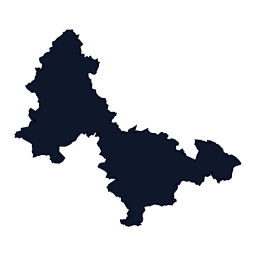 the district of Mixtlán, Jalisco, Mexico
{"feature_id": "50627088B12343009678657", "entity_name": "Mixtlán", "entity_type": "district", "adm_level": 2, "iso_a3": "MEX", "parent_name": "Mexico", "parent_adm1": "Jalisco", "projection": "albers", "projection_center": [-104.454, 20.522], "detail": "fine", "context": "isolated", "style": "filled", "palette": "ink", "viewbox_px": 256, "rotation_deg": 0, "n_neighbors": 0, "source": "geoboundaries", "source_scale": "gbopen_adm2", "svg_char_len": 5787}
<svg xmlns="http://www.w3.org/2000/svg" viewBox="0 0 256 256"><path d="M214.9,143.2L212.3,142.1L211.3,142.5L211.0,141.3L209.7,141.1L209.6,142.0L210.8,142.6L210.2,143.4L208.8,142.5L209.0,141.1L207.9,140.7L207.8,141.6L206.1,142.9L204.0,141.5L203.6,142.2L202.6,141.5L201.7,141.6L201.4,140.8L200.9,141.3L200.4,140.7L195.5,140.1L195.7,141.4L196.5,142.0L196.2,143.1L195.4,143.0L195.1,144.3L196.4,145.3L196.4,146.4L197.5,147.6L197.5,148.6L199.2,149.8L199.4,151.1L197.2,155.8L195.8,160.8L184.5,155.5L184.5,154.6L185.4,154.6L185.1,153.8L182.8,153.2L183.6,152.1L182.3,151.9L183.0,150.7L182.2,149.3L180.6,150.4L180.0,151.9L178.6,150.8L176.5,150.8L175.1,148.7L175.4,147.6L174.8,146.2L176.7,144.7L177.7,144.9L178.2,144.1L178.0,142.7L174.2,139.8L172.0,139.2L172.4,139.9L171.6,139.2L169.5,140.2L165.4,138.6L167.6,136.3L167.7,135.5L165.6,133.7L163.6,134.1L162.2,132.6L161.1,132.9L157.8,135.8L155.1,133.8L151.8,133.7L149.7,132.9L147.2,129.9L147.4,129.0L141.7,131.9L136.0,131.1L134.6,132.6L133.7,132.7L135.9,126.3L132.9,128.3L129.9,129.4L128.7,130.6L129.1,131.6L128.6,132.4L126.1,132.6L123.1,131.5L122.1,132.3L120.5,131.0L119.8,129.4L117.8,128.2L118.0,126.1L116.1,124.3L115.8,123.0L113.9,123.5L110.4,122.8L111.9,118.7L113.2,117.8L114.4,115.5L115.5,115.2L115.9,113.5L114.8,113.7L114.5,112.8L113.3,112.4L111.0,113.1L110.9,112.5L109.0,112.0L108.9,110.9L108.0,111.1L106.9,109.4L107.7,105.3L106.5,104.8L105.1,102.8L105.9,101.8L105.0,98.8L101.8,98.7L98.3,96.6L95.8,93.6L95.1,90.1L92.4,89.6L91.2,88.2L91.6,84.7L90.4,81.3L90.7,80.1L88.2,78.0L87.4,73.0L91.0,72.1L92.5,73.7L94.8,73.9L96.0,72.5L95.8,71.8L98.3,66.0L98.2,63.6L99.0,62.6L97.3,62.1L97.1,59.4L95.2,60.6L93.3,59.9L91.2,58.3L90.5,56.5L89.9,56.7L89.9,58.6L89.4,59.1L87.1,56.9L84.2,58.3L83.3,57.5L84.0,55.0L83.0,54.4L81.6,54.9L80.4,53.9L79.1,54.2L80.5,53.0L80.8,51.1L79.6,46.6L82.3,44.3L78.7,39.8L78.1,40.1L77.0,39.4L78.3,35.3L77.0,35.9L75.2,35.2L75.0,33.9L72.0,31.3L72.4,30.3L72.0,30.0L71.1,30.6L67.1,30.3L65.1,32.5L63.7,32.6L63.0,34.8L57.5,38.7L55.5,41.1L53.0,42.2L52.8,44.0L53.4,46.2L53.1,47.1L50.0,48.4L50.6,49.7L50.2,52.8L48.0,52.5L45.7,53.6L44.3,54.9L44.2,56.3L40.0,58.1L39.8,59.5L40.6,62.1L42.4,63.5L43.0,65.1L42.0,68.6L42.2,69.4L40.8,69.8L38.9,68.1L37.9,68.7L35.8,68.5L36.9,70.9L38.1,71.6L36.5,73.2L37.2,74.4L35.5,76.9L35.3,79.7L31.9,82.1L31.5,83.4L29.7,84.1L29.6,83.5L28.9,83.6L29.0,84.3L27.3,85.3L27.2,86.1L26.0,86.2L27.7,88.8L29.3,89.2L29.4,90.1L30.5,90.0L30.7,91.1L31.5,90.6L32.5,90.9L32.1,92.1L35.3,91.6L36.0,93.2L37.0,93.9L36.9,94.5L37.6,94.5L37.2,95.2L38.1,95.2L37.8,96.3L38.6,96.8L38.4,97.5L39.5,100.0L38.3,101.4L40.2,103.3L39.7,104.2L39.8,107.2L39.2,108.7L37.0,110.4L36.2,112.1L30.7,108.7L29.4,110.7L29.8,113.7L29.0,115.0L29.9,116.8L31.5,119.1L35.3,120.1L35.8,123.1L35.3,121.4L34.2,120.7L31.8,121.1L30.3,123.0L29.3,126.4L28.4,127.4L21.5,128.6L21.8,130.4L21.0,131.4L16.9,132.3L16.0,134.3L15.4,134.5L16.0,135.2L15.5,137.0L17.2,136.7L19.7,137.7L20.9,136.6L22.1,136.8L23.5,138.5L30.5,142.3L32.9,144.4L32.5,146.3L33.2,149.4L32.5,150.9L32.7,152.5L34.1,154.1L33.5,156.7L35.4,156.4L37.5,154.9L39.0,155.3L40.6,154.3L44.8,154.2L46.7,155.0L47.6,154.1L49.8,154.8L50.8,156.4L51.0,157.4L50.3,159.0L51.8,160.1L52.5,162.3L53.3,161.8L55.7,162.8L58.2,162.5L58.9,163.0L62.3,161.1L64.5,158.0L59.1,152.4L58.3,150.5L58.8,149.0L58.4,146.9L59.8,145.7L64.3,146.0L66.5,145.5L68.7,144.4L68.9,143.8L69.7,144.0L70.0,143.0L71.2,142.9L71.1,142.0L73.6,141.0L73.4,140.2L74.0,139.7L74.7,140.4L75.5,139.9L76.8,137.2L80.7,132.8L82.6,132.6L84.2,133.8L84.5,133.2L87.3,132.6L87.1,135.2L88.6,136.7L89.1,135.5L90.0,135.2L90.7,134.1L92.9,134.6L95.1,131.5L96.5,131.9L96.5,132.9L99.1,133.3L98.8,134.0L96.2,134.8L95.6,136.0L96.7,136.1L97.9,135.3L98.9,135.7L100.4,138.2L99.6,140.4L97.5,143.4L98.7,145.9L99.7,146.4L102.0,151.3L100.1,154.3L102.4,154.6L102.2,155.4L103.3,155.7L104.6,157.6L107.2,159.0L105.4,162.5L104.3,163.3L102.2,163.2L99.7,164.1L98.4,166.7L99.1,167.6L100.6,167.6L101.9,168.7L102.9,168.6L103.4,169.6L104.1,169.4L106.7,171.9L109.8,172.7L107.9,173.5L108.5,174.3L107.4,174.9L106.5,177.1L109.4,177.8L109.7,178.6L111.7,177.7L112.5,178.0L112.4,177.1L113.7,176.4L114.6,177.4L114.1,178.0L114.5,178.5L116.1,178.3L116.7,179.4L117.5,179.6L117.5,180.5L115.7,180.2L108.9,184.8L109.0,185.4L107.3,187.3L108.5,188.7L108.9,191.0L110.9,190.1L111.1,191.5L113.5,192.6L116.9,196.3L117.9,195.7L119.2,196.1L119.6,196.9L121.9,197.0L121.6,200.3L122.4,200.7L122.2,201.4L124.2,202.1L127.7,208.1L129.6,208.6L129.1,211.4L127.4,213.4L128.2,215.2L129.5,216.3L127.2,217.4L126.4,219.7L125.6,220.1L123.7,219.8L122.9,220.6L120.8,220.0L120.7,220.8L121.6,223.3L123.6,224.0L124.7,223.6L126.1,225.2L128.6,226.0L132.8,224.8L133.4,224.1L137.1,224.9L137.8,225.5L140.4,224.3L138.0,222.8L137.8,221.9L140.7,222.4L142.1,221.1L142.5,218.4L141.8,216.2L142.1,213.4L144.6,210.1L143.5,207.3L144.2,206.3L146.9,205.5L149.7,205.6L154.0,203.8L158.7,204.3L162.2,205.8L164.3,204.4L166.2,205.1L167.6,204.2L172.1,204.6L173.2,202.5L176.0,200.9L175.5,199.6L172.0,198.2L173.5,197.0L173.6,196.5L172.6,196.3L173.3,195.1L173.4,193.0L176.8,188.9L177.3,187.2L176.0,184.9L177.7,184.9L177.6,184.0L179.4,184.1L180.2,182.0L182.1,180.1L184.6,180.1L186.1,181.0L190.1,180.4L191.2,181.6L195.2,182.1L195.9,183.7L196.8,184.2L198.0,183.9L199.5,185.1L201.8,181.6L203.4,181.1L204.3,175.4L207.4,176.2L209.5,175.2L208.9,174.6L209.6,174.6L211.7,172.3L212.1,172.4L211.8,174.7L214.1,178.5L216.0,177.3L216.4,179.0L217.3,179.3L217.7,181.8L218.8,182.6L219.6,180.4L219.4,179.0L221.6,178.9L221.1,180.0L222.6,179.1L224.8,180.1L226.7,179.2L228.6,179.5L231.1,177.3L231.4,173.3L232.7,169.3L232.4,167.6L236.2,165.2L240.0,164.3L240.6,163.3L237.7,159.6L235.3,159.1L236.3,158.3L235.8,157.8L231.7,155.3L228.3,155.8L226.8,153.7L224.9,154.0L222.7,151.5L222.5,149.5L218.3,145.2L215.1,144.1L214.5,143.5L214.9,143.2Z" fill="#0f172a" stroke="#020617" stroke-width="1.5"/></svg>